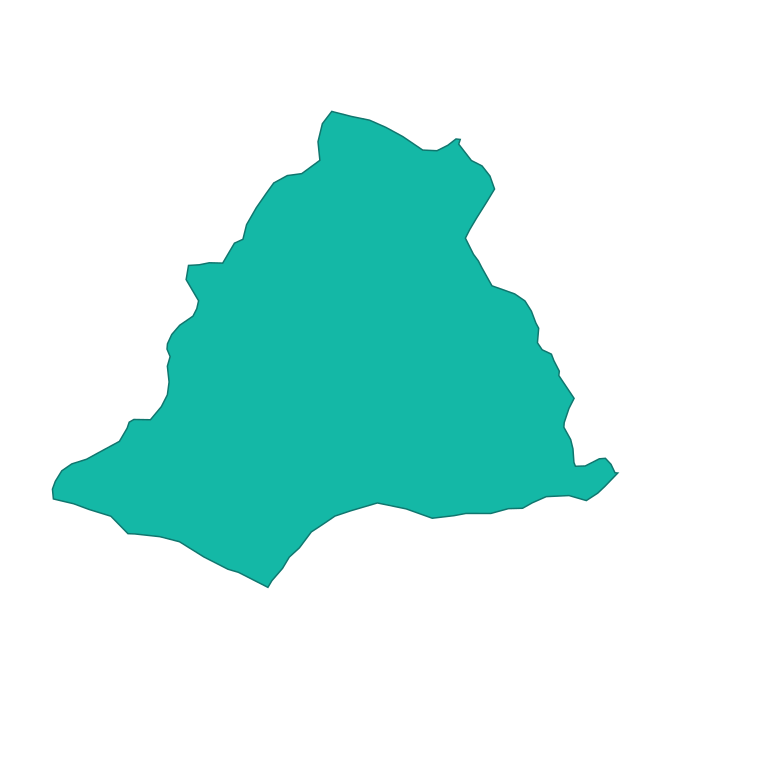 Mazotos, Larnaca, Cyprus, rotated 27°
{"feature_id": "46923920B50893737642060", "entity_name": "Mazotos", "entity_type": "district", "adm_level": 2, "iso_a3": "CYP", "parent_name": "Cyprus", "parent_adm1": "Larnaca", "projection": "natural_earth1", "projection_center": [33.494, 34.799], "detail": "fine", "context": "isolated", "style": "filled", "palette": "teal", "viewbox_px": 768, "rotation_deg": 27, "n_neighbors": 0, "source": "geoboundaries", "source_scale": "gbopen_adm2", "svg_char_len": 1706}
<svg xmlns="http://www.w3.org/2000/svg" viewBox="0 0 768 768"><g transform="rotate(27 384 384)"><path d="M340.9,131.5L336.9,133.0L332.5,142.3L325.3,152.1L312.3,158.0L288.3,155.0L287.8,155.0L269.0,154.5L251.3,155.5L233.5,160.4L216.2,164.3L213.7,164.8L210.9,180.0L215.2,198.1L225.3,213.8L215.2,233.9L203.2,242.2L194.5,254.9L192.6,267.2L190.2,284.8L189.2,304.4L192.6,319.1L186.8,326.4L185.4,349.5L173.3,355.3L165.2,361.7L156.0,367.1L160.3,380.8L177.2,391.6L181.0,394.0L183.0,401.9L183.0,410.2L175.3,424.4L172.4,436.2L172.8,446.5L174.8,451.4L181.0,456.7L182.9,466.5L191.6,479.8L195.9,492.0L195.9,505.2L192.1,521.9L177.2,529.2L174.3,533.7L175.2,540.0L175.0,543.2L174.3,555.2L160.8,574.8L153.1,586.1L142.1,596.9L136.3,607.6L135.3,619.9L136.3,628.2L141.6,636.5L148.3,634.9L161.8,631.6L178.1,629.7L200.7,625.8L223.8,633.6L230.1,630.7L253.6,621.8L273.4,617.4L302.2,619.9L329.2,619.9L339.7,617.9L359.9,617.9L372.9,617.9L373.4,610.1L377.3,594.4L378.2,581.2L383.0,568.4L386.4,548.8L393.6,536.1L400.3,523.9L411.9,512.1L432.1,493.0L460.5,485.2L487.9,481.7L506.2,469.5L515.8,462.1L537.9,450.9L551.4,438.6L563.9,431.8L570.1,422.5L579.7,410.7L599.5,399.4L617.2,396.0L624.0,384.2L627.3,374.9L632.7,357.2L630.1,358.2L622.7,352.5L615.0,349.7L609.8,352.9L600.5,365.7L591.9,370.4L588.8,367.6L581.8,356.0L575.6,348.8L563.9,340.9L562.1,336.6L559.9,321.8L559.9,310.5L535.9,297.1L534.4,293.0L524.8,286.1L519.6,281.4L509.4,281.7L502.0,277.6L496.5,264.1L491.6,260.7L482.3,252.2L471.9,246.0L459.6,244.4L435.6,247.5L418.3,235.9L412.2,231.5L404.8,227.8L390.3,217.1L390.3,207.4L391.2,193.6L392.8,176.1L394.0,160.1L384.0,150.6L372.4,145.2L360.4,145.2L341.7,136.4L340.9,131.5Z" fill="#14b8a6" stroke="#0f766e" stroke-width="1.5"/></g></svg>